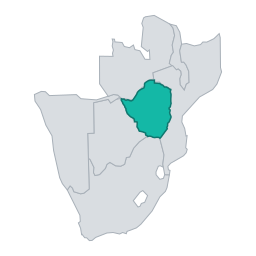 Zimbabwe highlighted, Equal Earth projection
{"feature_id": "ZWE", "entity_name": "Zimbabwe", "entity_type": "country or territory", "adm_level": 0, "iso_a3": "ZWE", "parent_name": "Africa", "parent_adm1": "", "projection": "equal_earth", "projection_center": [29.641, -19.023], "detail": "fine", "context": "with_neighbors", "style": "filled", "palette": "teal", "viewbox_px": 256, "rotation_deg": 0, "n_neighbors": 6, "source": "natural_earth", "source_scale": "50m", "svg_char_len": 5336}
<svg xmlns="http://www.w3.org/2000/svg" viewBox="0 0 256 256"><path d="M67.3,190.0L70.1,185.9L72.6,188.2L73.8,191.7L80.6,193.8L83.9,193.2L89.2,189.0L88.3,158.2L90.1,159.5L94.0,167.5L93.5,172.5L95.0,175.5L99.5,174.6L105.4,168.4L106.9,164.4L109.9,162.4L115.6,165.8L120.7,166.2L124.6,164.3L126.3,157.6L129.7,156.9L133.6,148.2L139.3,141.8L148.2,135.6L159.4,136.9L164.0,154.9L162.8,164.2L163.3,167.2L160.1,165.7L158.3,166.3L156.0,171.9L156.1,174.8L159.8,179.3L163.4,178.4L164.7,174.7L169.4,174.8L167.0,187.7L165.4,191.4L159.9,196.8L152.1,211.0L140.9,224.2L136.4,227.9L127.0,231.4L126.3,233.7L122.6,232.5L119.6,234.0L113.1,232.5L106.9,233.0L95.7,237.4L92.1,240.4L89.4,240.6L86.7,237.8L84.7,237.7L81.9,234.1L81.7,235.2L80.6,228.3L78.4,222.9L80.3,221.5L79.9,215.3L67.3,190.0ZM147.6,195.6L142.8,190.6L139.9,192.3L133.3,200.7L138.0,207.0L140.1,206.2L141.3,203.5L144.7,202.3L147.6,195.6Z" fill="#d9dde1" stroke="#a8b0b8" stroke-width="1"/><path d="M148.2,135.6L139.3,141.8L133.6,148.2L129.7,156.9L126.3,157.6L124.6,164.3L120.7,166.2L115.6,165.8L109.9,162.4L106.9,164.4L105.4,168.4L99.5,174.6L95.0,175.5L93.5,172.5L94.0,167.5L90.1,159.5L88.3,158.2L87.7,133.5L94.0,133.2L93.6,102.7L108.2,99.4L110.7,103.0L114.7,99.6L121.4,98.3L127.3,111.7L134.6,121.1L137.3,122.0L139.3,130.4L144.2,131.7L148.2,135.6Z" fill="#d9dde1" stroke="#a8b0b8" stroke-width="1"/><path d="M87.7,133.5L89.2,189.0L83.9,193.2L80.6,193.8L73.8,191.7L72.6,188.2L70.1,185.9L67.3,190.0L62.4,183.7L59.7,177.7L53.6,150.5L52.0,135.8L45.9,125.2L40.6,109.5L35.0,101.1L34.4,94.5L41.3,91.4L45.4,91.7L49.4,95.6L76.4,94.6L80.9,98.7L96.5,99.9L113.5,94.5L117.7,95.0L120.2,96.9L110.7,103.0L108.2,99.4L93.6,102.7L94.0,133.2L87.7,133.5Z" fill="#d9dde1" stroke="#a8b0b8" stroke-width="1"/><path d="M154.2,15.4L169.9,24.1L173.0,28.0L174.6,35.5L172.2,45.0L173.4,52.2L171.3,55.2L169.3,63.4L172.7,65.6L153.0,72.8L153.6,79.0L148.7,80.2L145.1,83.6L144.3,86.6L142.0,87.3L132.9,100.0L121.4,98.3L117.7,95.0L113.5,94.5L108.3,96.4L99.6,83.9L99.5,56.2L113.0,56.4L112.5,53.3L113.4,50.1L112.2,46.0L112.9,41.7L112.2,39.0L114.5,39.2L114.9,41.9L122.1,42.5L124.3,46.5L129.5,47.7L133.4,45.0L134.9,49.6L139.9,50.8L145.0,59.3L149.9,59.4L149.4,50.0L147.6,51.5L141.3,46.6L143.2,27.4L141.8,23.5L143.6,17.9L145.4,16.8L154.2,15.4Z" fill="#d9dde1" stroke="#a8b0b8" stroke-width="1"/><path d="M169.9,24.1L176.3,25.7L179.8,32.3L181.6,44.2L179.7,50.8L181.4,62.2L183.7,62.1L186.0,64.9L188.7,71.2L189.1,82.4L186.3,84.2L184.3,90.2L180.1,84.8L179.7,78.7L181.1,74.7L180.7,71.2L178.2,69.0L176.4,69.8L169.3,63.4L171.3,55.2L173.4,52.2L172.2,45.0L174.6,35.5L173.0,28.0L169.9,24.1Z" fill="#d9dde1" stroke="#a8b0b8" stroke-width="1"/><path d="M181.6,44.2L186.5,43.5L194.3,45.9L200.5,44.6L202.9,42.0L206.8,42.1L213.9,38.7L219.2,33.6L220.2,37.6L220.5,67.6L221.6,71.9L216.9,84.1L212.7,89.5L199.5,97.0L182.4,115.9L181.8,122.0L184.7,128.5L186.0,136.0L187.1,135.6L185.7,147.8L187.2,149.3L186.2,152.8L183.5,155.8L170.7,163.2L167.9,166.3L168.4,169.8L170.0,170.4L169.4,174.8L164.7,174.7L162.8,164.2L164.0,154.9L159.4,136.9L166.1,127.3L168.8,120.3L170.2,89.4L166.9,86.6L163.8,86.0L159.4,82.0L154.1,82.2L153.0,72.8L172.7,65.6L176.4,69.8L178.2,69.0L180.7,71.2L181.1,74.7L179.7,78.7L180.1,84.8L184.3,90.2L186.3,84.2L189.1,82.4L188.7,71.2L186.0,64.9L183.7,62.1L181.4,62.2L179.7,50.8L181.6,44.2Z" fill="#d9dde1" stroke="#a8b0b8" stroke-width="1"/><path d="M160.0,138.2L159.4,137.7L158.6,137.4L157.6,137.3L156.3,137.3L154.7,137.6L153.0,137.3L151.2,136.4L149.7,136.1L147.9,136.4L147.8,136.5L147.5,136.1L147.0,135.5L146.2,135.4L145.9,135.2L145.6,134.6L145.6,134.3L145.7,133.2L145.4,132.9L145.0,132.8L143.9,132.3L142.5,131.8L140.3,131.3L139.4,131.2L139.2,131.0L139.0,130.6L138.5,129.3L138.1,128.5L137.2,127.2L137.0,126.8L137.1,125.8L137.1,125.0L137.2,124.3L137.2,123.6L137.2,122.8L137.2,122.3L137.1,122.0L136.7,121.9L135.7,121.8L134.5,121.8L134.5,121.0L134.3,119.7L134.1,119.0L133.8,118.6L133.3,118.2L132.2,117.6L130.6,116.8L129.3,115.6L127.8,114.0L127.4,113.8L126.8,112.3L125.9,109.9L126.0,109.0L125.9,108.6L125.0,107.4L124.8,106.8L124.7,106.1L123.4,104.3L122.9,103.6L122.6,102.6L122.2,101.8L122.0,101.4L121.6,100.9L121.3,100.3L121.2,99.8L121.3,99.2L121.4,98.8L122.7,99.2L123.3,99.2L123.9,99.0L124.5,99.3L125.3,100.1L126.2,100.3L127.1,99.8L128.3,99.9L129.9,100.7L131.2,100.9L132.7,100.2L134.1,98.2L135.4,96.3L136.7,94.2L137.4,92.4L138.6,91.0L140.0,89.9L141.6,89.0L143.9,87.9L144.3,86.9L144.5,85.9L144.5,84.5L144.6,83.6L144.9,83.1L145.2,82.8L145.7,82.4L147.3,81.3L148.6,80.6L150.1,80.2L151.8,80.2L153.5,80.2L154.4,80.1L154.4,81.5L154.5,83.1L155.9,83.2L157.9,83.3L159.8,83.5L161.1,84.6L161.5,84.8L162.7,85.1L164.4,87.0L166.3,87.1L167.7,87.7L168.8,88.4L169.5,89.1L170.0,89.3L170.6,89.3L170.8,89.4L170.8,90.0L170.4,90.9L170.4,92.2L171.0,94.1L171.0,95.7L170.8,98.5L170.8,101.3L170.9,102.2L171.0,102.9L171.1,103.2L171.0,103.6L170.7,104.8L170.4,106.0L170.4,106.5L170.3,106.8L170.1,107.1L169.3,107.7L169.1,108.0L169.1,108.6L169.2,109.2L169.6,109.4L169.9,109.7L170.1,110.0L170.1,110.5L170.0,111.2L169.6,112.5L169.9,113.9L170.3,114.9L170.8,116.0L171.0,116.7L171.0,117.1L170.9,117.6L170.1,119.6L169.6,120.8L168.9,122.2L167.9,123.0L167.7,123.4L167.6,123.8L167.6,124.8L167.6,125.9L166.8,127.5L167.3,128.8L167.2,128.9L166.9,129.1L165.8,130.7L164.6,132.2L163.8,133.4L162.8,134.7L161.8,136.1L160.9,137.3L160.0,138.2Z" fill="#14b8a6" stroke="#0f766e" stroke-width="1.5"/></svg>